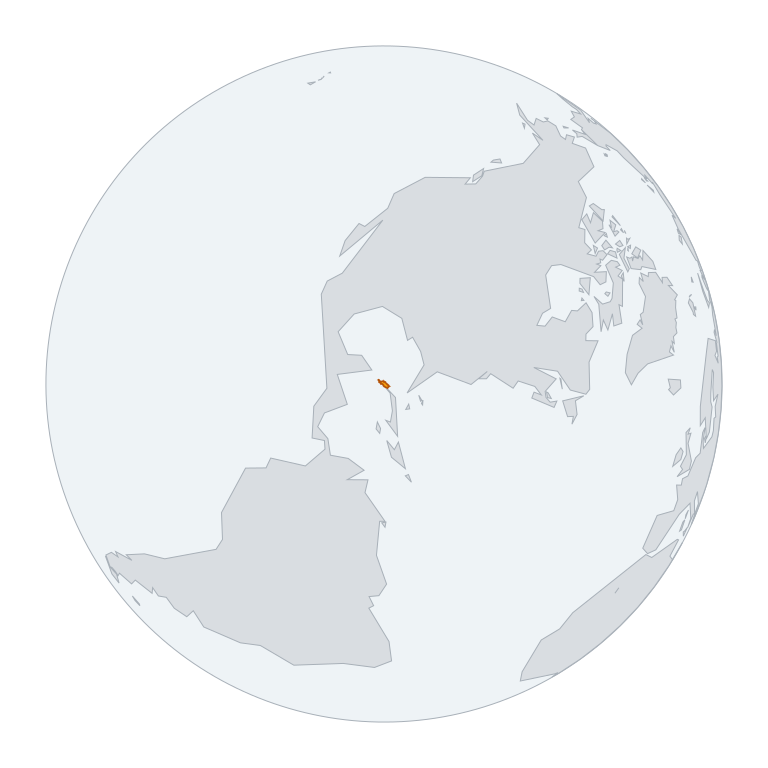 globe centered on Pinar del Río, rotated 64°
{"feature_id": "CUB-1321", "entity_name": "Pinar del Río", "entity_type": "Province", "adm_level": 1, "iso_a3": "CUB", "parent_name": "Cuba", "parent_adm1": "", "projection": "orthographic", "projection_center": [-83.796, 22.394], "detail": "fine", "context": "on_globe", "style": "filled", "palette": "amber", "viewbox_px": 768, "rotation_deg": 64, "n_neighbors": 0, "source": "natural_earth", "source_scale": "10m", "svg_char_len": 11046}
<svg xmlns="http://www.w3.org/2000/svg" viewBox="0 0 768 768"><g transform="rotate(64 384 384)"><circle cx="384" cy="384" r="338" fill="#eef3f6" stroke="#a8b0b8"/><path d="M416.7,465.6L408.7,462.3L401.0,472.3L373.2,456.8L362.8,437.2L275.8,401.0L266.6,389.9L266.1,372.9L236.2,313.2L249.6,367.7L238.1,356.1L228.8,336.1L234.0,332.2L227.7,303.6L217.3,291.4L216.3,256.4L236.5,216.0L239.9,223.5L244.4,213.8L240.4,204.3L236.7,200.6L246.7,162.1L237.1,139.2L223.5,140.6L234.7,134.3L201.8,144.1L189.7,141.7L209.9,139.4L217.0,135.6L212.0,130.8L218.3,126.0L219.4,121.4L227.3,116.4L238.5,116.6L243.8,113.7L240.0,110.7L245.5,104.6L250.2,109.3L260.3,99.4L280.8,100.1L287.2,120.6L305.1,120.3L328.9,140.4L333.2,135.7L345.0,141.7L354.4,138.8L356.1,144.3L362.1,137.4L358.7,133.0L360.2,128.7L365.5,126.9L368.6,133.3L366.4,135.1L370.1,136.1L369.4,140.3L372.7,137.2L375.9,145.8L380.5,134.9L389.5,139.8L389.5,146.2L379.4,148.5L354.2,172.6L351.1,181.5L356.9,190.9L389.1,201.1L389.9,210.5L398.3,220.9L402.6,213.9L397.5,203.4L407.5,193.8L400.1,183.1L403.1,178.1L399.6,166.8L411.0,165.7L424.1,171.0L427.7,180.6L433.5,183.6L439.0,172.7L454.2,190.1L479.0,201.5L481.7,207.0L471.1,219.2L448.6,222.4L434.8,242.1L454.9,227.0L461.3,242.4L467.1,244.3L473.2,242.6L475.1,236.1L479.6,241.4L461.4,257.3L457.1,252.7L462.8,247.4L452.3,249.5L440.1,262.1L444.4,269.8L421.5,283.6L424.2,289.6L420.8,296.6L418.0,285.7L422.6,306.0L396.4,330.8L402.2,367.2L384.4,339.6L370.8,336.8L354.5,337.8L355.1,343.7L332.8,339.2L313.6,351.4L308.0,380.1L316.9,402.3L341.6,403.7L348.4,391.5L366.1,388.8L354.9,421.8L386.2,425.9L383.9,450.2L393.3,462.3L408.5,458.4L424.5,463.4L435.2,448.8L452.8,439.7L453.9,459.0L463.1,440.4L473.3,448.7L507.9,443.3L505.5,448.1L534.7,465.9L565.0,469.4L572.0,481.4L568.5,490.6L578.7,490.5L578.8,495.9L617.7,492.4L636.2,498.6L634.6,516.8L617.3,543.1L597.2,588.3L564.8,609.8L553.7,626.5L523.4,652.5L504.2,654.8L506.7,663.3L493.6,670.8L480.3,673.2L475.6,679.7L465.6,681.2L470.5,684.2L451.2,693.5L453.0,698.5L438.1,704.7L439.7,707.1L435.2,707.5L429.7,708.9L428.1,710.3L415.8,708.9L415.8,702.8L422.8,698.9L416.9,698.7L432.0,687.9L424.5,690.5L431.7,673.7L445.0,657.7L459.0,607.4L452.9,597.3L428.3,586.4L398.9,545.3L407.7,526.8L400.9,518.3L423.2,490.6L416.7,465.6ZM80.2,320.6L82.4,313.0L82.8,319.1L80.2,320.6ZM82.6,307.5L82.1,310.2L82.3,307.7L82.6,307.5ZM82.0,305.1L82.5,306.8L81.7,305.6L82.0,305.1ZM80.9,302.8L81.6,303.7L81.4,303.9L80.9,302.8ZM401.2,379.6L437.0,394.7L417.4,398.3L421.0,394.9L411.8,388.2L394.9,382.5L377.5,386.9L401.2,379.6ZM80.2,297.1L80.1,295.5L81.0,295.6L80.2,297.1ZM415.5,358.7L409.3,357.7L415.2,357.2L415.5,358.7ZM234.0,200.0L239.7,204.8L241.0,215.6L235.5,212.0L234.0,200.0ZM232.6,181.1L236.9,181.4L231.5,190.6L230.7,187.5L232.6,181.1ZM212.3,143.3L215.7,145.7L210.2,145.1L212.3,143.3ZM218.2,121.6L215.3,122.7L217.2,119.9L218.2,121.6ZM393.5,168.4L396.5,167.7L395.6,170.1L393.5,168.4ZM389.2,164.5L386.0,167.8L383.5,166.5L385.5,164.4L389.2,164.5ZM230.9,110.0L234.8,105.8L232.8,110.0L230.9,110.0ZM393.6,160.7L379.4,163.8L375.0,161.5L378.9,152.0L393.6,160.7ZM238.3,103.3L247.7,93.9L241.9,95.0L263.4,87.4L248.4,97.3L246.8,102.2L243.6,101.0L238.3,103.3ZM355.4,132.5L359.3,137.0L351.2,135.1L355.4,132.5ZM349.9,132.4L323.1,134.2L320.0,127.2L329.6,127.7L321.8,120.7L333.5,116.3L340.4,119.1L340.1,124.4L344.8,118.8L349.9,132.4ZM273.8,85.2L277.7,83.3L275.7,85.4L273.8,85.2ZM360.2,126.9L355.1,127.6L352.0,121.5L361.8,119.0L359.7,121.7L360.2,126.9ZM314.0,121.4L313.5,116.8L322.8,111.8L323.8,109.5L333.5,115.6L314.0,121.4ZM363.0,122.2L366.8,118.0L373.0,119.4L365.0,125.9L363.0,122.2ZM347.2,121.1L346.2,118.2L349.9,118.9L347.2,121.1ZM397.1,123.2L391.0,123.5L388.9,120.2L397.1,123.2ZM367.9,116.4L365.7,116.0L364.2,114.9L367.9,112.6L367.9,116.4ZM339.4,112.0L343.4,111.1L335.9,109.1L342.6,105.9L347.8,110.8L348.4,107.3L350.4,106.3L352.4,111.5L339.4,112.0ZM367.2,107.3L376.1,113.2L387.9,113.0L390.1,115.7L370.7,115.7L367.2,107.3ZM358.3,109.2L364.3,108.5L364.0,112.0L359.7,114.6L358.3,109.2ZM345.3,102.1L333.7,105.8L332.9,104.7L345.3,102.1ZM370.7,106.4L368.4,105.1L371.5,106.0L370.7,106.4ZM353.1,102.4L349.1,103.8L348.4,102.5L353.1,102.4ZM367.3,101.5L370.2,103.2L367.4,104.9L367.3,101.5ZM360.9,101.3L360.8,99.2L364.6,104.4L359.2,102.1L360.9,101.3ZM353.1,101.0L351.3,100.6L354.9,100.6L353.1,101.0ZM376.3,94.5L381.8,100.8L375.6,104.2L371.1,97.6L376.3,94.5ZM435.5,711.8L416.4,709.8L427.5,710.7L437.6,707.7L446.8,709.4L435.5,711.8ZM464.2,703.1L474.5,700.3L476.3,700.6L469.5,702.7L464.2,703.1ZM594.2,119.4L595.3,120.3L615.6,137.9L616.8,139.1L622.7,144.9L631.4,154.3L638.7,161.9L645.0,169.5L635.1,159.7L629.4,153.9L618.1,149.4L625.2,156.3L636.3,161.5L636.7,163.2L646.4,174.3L639.3,167.2L625.3,161.2L630.5,175.7L652.2,212.4L652.0,221.5L645.0,223.4L621.9,196.1L624.9,179.1L616.7,170.7L603.1,165.3L605.2,161.1L600.0,157.2L599.9,151.2L586.9,136.2L584.8,130.2L567.3,118.8L563.9,114.6L575.2,122.2L581.9,125.0L575.2,112.4L570.3,108.4L559.5,102.4L559.0,100.3L549.4,96.2L539.5,88.3L543.5,95.1L531.0,89.8L518.3,82.8L514.9,82.6L535.5,94.3L543.1,98.1L548.5,99.2L569.8,112.6L574.7,118.4L555.2,110.1L560.1,118.0L542.8,109.5L497.6,80.8L485.1,72.7L490.3,67.2L500.3,70.7L503.4,74.0L511.9,74.5L505.8,72.7L505.4,71.5L493.3,67.4L492.4,66.5L482.3,64.7L479.9,63.1L486.3,64.2L466.3,58.4L458.0,55.3L453.9,54.6L451.9,54.7L442.6,51.6L440.0,51.3L442.0,52.0L438.1,52.1L427.6,51.5L425.0,50.4L428.4,50.5L431.7,49.7L441.2,51.0L439.0,50.6L430.2,49.4L426.2,50.1L420.6,50.1L421.1,49.2L420.5,49.5L416.9,49.3L410.9,48.3L409.7,49.3L373.8,51.6L358.6,51.1L363.0,49.2L335.1,53.0L320.1,54.3L322.0,54.7L309.9,58.2L314.5,57.7L314.4,58.3L285.5,69.5L276.7,72.2L266.3,79.5L267.3,80.1L273.3,78.3L263.4,87.4L241.9,95.0L240.8,93.3L228.1,100.1L227.4,95.8L220.9,96.1L227.5,88.9L221.8,90.6L217.4,93.2L206.4,98.3L198.8,101.4L224.1,87.1L239.3,84.8L234.8,84.1L241.5,81.2L243.3,79.3L239.6,79.7L235.7,81.6L257.9,70.5L280.2,62.4L303.1,55.9L326.3,51.0L349.8,47.8L373.5,46.2L397.2,46.3L420.9,48.1L444.4,51.5L467.6,56.6L490.3,63.2L512.6,71.5L534.2,81.3L555.1,92.6L575.1,105.3L594.2,119.4ZM720.6,354.0L721.0,361.5L719.7,354.1L719.3,357.8L710.7,391.7L703.2,386.0L683.0,354.9L681.1,333.4L672.3,314.6L652.1,223.4L657.3,219.4L652.2,188.5L653.2,187.6L664.1,202.5L668.5,201.7L657.8,185.9L657.7,185.9L672.1,207.5L684.8,230.1L695.8,253.6L704.8,277.9L712.0,302.9L717.3,328.3L720.6,354.0ZM670.1,262.2L673.3,268.2L670.1,262.2ZM509.0,442.8L513.2,445.9L507.8,446.9L509.0,442.8ZM415.2,406.6L422.5,406.6L426.5,409.5L420.9,410.8L415.2,406.6ZM476.1,401.7L484.3,402.4L475.9,405.1L476.1,401.7ZM442.5,396.5L469.5,401.9L453.1,409.4L436.0,406.3L447.6,403.5L442.5,396.5ZM412.9,370.6L417.6,371.8L416.4,375.6L412.9,370.6ZM419.8,358.5L418.0,358.9L415.5,356.0L419.8,358.5ZM462.4,241.4L464.0,240.3L470.4,240.0L467.9,243.0L462.4,241.4ZM496.0,223.8L502.5,232.7L496.1,228.0L493.8,233.3L477.5,230.8L482.2,209.6L483.0,219.3L496.0,223.8ZM457.0,222.8L466.8,226.0L455.9,223.4L457.0,222.8ZM571.6,145.2L575.8,144.8L582.0,150.3L584.6,160.6L575.6,152.4L571.6,145.2ZM580.2,143.3L560.0,133.8L557.6,127.9L562.4,132.7L562.8,129.7L570.6,136.7L588.0,141.5L594.6,146.9L595.8,161.2L591.7,153.1L587.9,153.6L580.2,143.3ZM512.9,128.3L504.2,126.4L510.3,115.8L517.7,118.9L520.8,128.6L513.8,130.7L512.9,128.3ZM403.3,144.3L399.6,145.9L398.7,143.9L401.2,140.9L403.3,144.3ZM394.4,123.6L418.8,135.7L415.7,138.0L433.6,143.6L432.6,152.0L421.0,147.9L433.6,159.1L422.7,158.8L432.2,166.0L406.5,156.0L397.3,156.9L408.0,152.5L409.2,144.6L407.0,141.5L393.7,133.6L374.4,132.7L372.5,125.5L376.3,120.7L380.7,119.9L380.5,124.6L386.4,120.1L389.5,126.3L394.4,123.6ZM422.1,81.5L420.1,85.2L432.5,81.3L435.7,85.9L436.9,85.1L443.3,88.5L453.1,91.7L453.1,94.0L456.9,94.3L461.2,96.9L466.5,98.3L468.3,103.1L474.9,105.3L471.9,106.4L482.8,109.2L475.5,109.4L480.3,113.4L484.9,111.1L481.5,138.3L485.7,151.0L493.2,162.0L479.6,162.1L463.9,152.5L449.2,139.3L447.0,127.6L441.3,130.3L438.6,125.7L444.2,125.5L433.9,123.2L433.1,119.6L420.0,110.6L405.5,110.7L400.3,107.8L405.6,106.0L396.8,104.6L403.3,99.4L399.8,97.5L402.7,90.9L415.0,89.3L410.1,87.3L412.1,82.9L422.1,81.5ZM377.5,92.7L391.6,88.6L400.2,89.5L391.5,100.7L393.8,103.1L388.6,111.3L376.2,110.2L378.8,107.9L378.5,105.4L382.5,106.7L379.1,103.9L382.6,100.7L380.9,97.8L385.9,97.2L377.5,92.7ZM648.2,179.9L647.9,178.2L645.9,174.3L652.0,181.7L648.2,179.9ZM639.1,175.9L637.9,173.1L645.5,180.6L645.8,182.8L639.1,175.9ZM630.7,165.6L637.2,172.4L633.9,170.0L630.7,165.6ZM573.4,119.7L571.3,116.9L573.6,118.0L577.8,121.1L573.4,119.7ZM459.7,74.2L457.2,75.4L455.0,74.7L444.5,74.9L441.4,72.1L446.4,70.8L459.7,74.2ZM454.5,71.2L450.6,71.5L451.4,70.0L454.5,71.2ZM438.5,70.1L438.4,68.2L439.8,71.8L438.5,70.1ZM421.8,53.5L439.9,55.7L450.8,56.7L453.7,55.9L457.5,58.6L440.6,56.9L421.8,53.5ZM380.0,51.6L377.6,53.3L373.5,52.7L373.4,52.3L380.0,51.6ZM382.2,52.5L389.0,54.5L384.2,55.6L379.8,53.7L382.2,52.5ZM422.4,60.9L428.0,61.5L427.2,62.6L422.4,60.9ZM275.5,83.0L277.5,83.3L273.7,84.3L275.5,83.0ZM317.2,58.0L316.6,59.0L312.2,59.7L317.2,58.0ZM312.4,62.4L317.8,60.8L313.2,62.9L312.4,62.4ZM329.8,57.4L320.5,60.3L327.9,57.0L329.8,57.4Z" fill="#d9dde1" stroke="#a8b0b8" stroke-width="1"/><path d="M389.3,382.7L389.2,382.8L388.8,383.0L388.6,383.1L388.2,383.3L387.9,383.6L387.6,384.2L387.4,384.3L387.1,384.3L386.9,384.3L386.8,384.5L386.6,384.7L386.5,384.8L386.4,385.0L386.2,385.0L385.8,385.2L385.5,385.2L385.3,385.1L385.3,384.9L385.2,384.9L385.1,385.0L384.8,385.3L384.7,385.3L384.7,385.2L384.1,385.3L384.0,385.2L383.9,385.3L383.4,385.3L383.1,385.5L383.0,385.8L383.0,386.0L383.0,385.9L382.9,385.9L382.9,386.0L383.0,386.2L382.9,386.4L382.8,386.5L382.8,386.8L382.7,386.8L382.3,386.7L382.2,386.6L381.9,386.8L381.7,386.9L381.4,386.9L381.2,387.0L380.6,387.5L380.3,387.7L380.1,387.7L380.2,387.1L380.3,386.9L380.2,386.7L379.7,386.7L379.3,386.8L379.1,386.9L378.5,387.3L378.3,387.3L378.0,387.3L377.8,387.3L377.7,387.2L377.7,386.9L377.8,386.8L378.0,386.9L378.0,387.0L378.1,386.9L378.2,386.7L378.3,386.7L378.4,386.8L378.8,386.6L379.2,386.5L379.7,386.3L380.0,386.1L380.4,386.2L380.5,386.2L380.8,386.0L381.0,386.2L381.0,386.3L381.2,386.2L381.3,386.2L381.4,385.9L381.3,386.0L381.2,386.1L381.1,385.9L381.0,385.7L380.9,385.5L380.7,385.4L380.6,385.2L380.6,384.9L380.7,384.6L380.8,384.2L381.0,384.0L381.0,383.9L381.1,383.7L381.3,383.6L381.2,383.5L381.3,383.5L381.5,383.4L381.8,383.1L381.7,382.9L381.8,382.9L382.0,382.9L382.1,383.0L382.2,382.7L382.4,382.7L382.5,382.4L382.6,382.5L382.7,382.4L382.8,382.3L382.7,382.3L382.7,382.2L382.8,382.1L382.9,382.3L383.0,382.3L383.0,382.2L383.4,382.0L383.5,382.0L383.6,381.9L383.8,381.9L384.3,381.7L384.5,381.6L384.8,381.6L384.9,381.4L385.0,381.4L385.3,381.4L385.4,381.2L385.6,381.1L385.8,381.2L386.0,381.0L386.3,381.1L386.4,380.8L386.5,380.7L387.0,380.5L387.1,380.4L387.3,380.4L387.4,380.5L387.3,380.8L387.5,380.8L387.5,380.7L387.4,380.6L387.5,380.5L387.7,380.4L387.9,380.4L388.0,380.3L388.3,380.3L388.3,380.5L388.4,380.4L388.4,380.6L388.5,380.6L388.6,380.8L388.8,381.2L388.8,381.3L388.7,381.5L388.4,381.6L388.5,381.6L388.7,381.8L388.8,381.9L388.8,382.0L389.0,382.3L389.2,382.6L389.3,382.6L389.3,382.7ZM385.3,386.6L385.2,386.6L385.3,386.6Z" fill="#f59e0b" stroke="#b45309" stroke-width="1.5"/></g></svg>